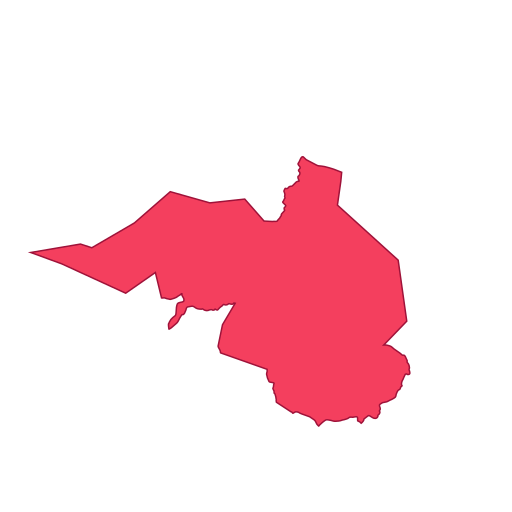 outline of Corquin, Copán, Honduras, rotated 212°
{"feature_id": "27666195B19048967289825", "entity_name": "Corquin", "entity_type": "district", "adm_level": 2, "iso_a3": "HND", "parent_name": "Honduras", "parent_adm1": "Copán", "projection": "albers", "projection_center": [-88.867, 14.553], "detail": "fine", "context": "isolated", "style": "filled", "palette": "rose", "viewbox_px": 512, "rotation_deg": 212, "n_neighbors": 0, "source": "geoboundaries", "source_scale": "gbopen_adm2", "svg_char_len": 5991}
<svg xmlns="http://www.w3.org/2000/svg" viewBox="0 0 512 512"><g transform="rotate(212 256 256)"><path d="M223.6,364.2L227.7,372.4L236.1,370.8L238.4,370.2L240.6,369.6L242.9,368.9L245.4,368.1L248.2,366.9L250.8,365.6L251.5,365.4L252.4,365.2L264.5,364.3L268.3,365.1L268.9,365.0L269.3,364.6L269.5,364.4L269.6,364.1L269.8,362.7L269.3,358.6L269.3,357.1L269.2,356.4L268.6,355.9L267.7,355.5L266.8,355.2L266.3,355.0L265.8,354.7L265.3,354.3L265.2,354.0L265.2,353.3L265.3,352.5L265.4,351.7L265.4,351.3L265.0,350.9L264.4,350.5L264.1,350.4L263.5,350.3L263.2,350.1L262.7,349.6L262.3,348.8L262.2,348.2L262.1,347.4L262.2,346.5L262.5,345.9L262.5,345.7L262.4,345.4L262.1,344.9L261.5,344.2L259.5,342.8L259.3,342.6L259.2,342.4L259.2,342.2L259.3,342.0L260.0,341.6L260.4,341.2L261.1,340.0L262.3,334.8L262.5,334.5L262.8,334.0L263.8,333.3L264.3,332.7L264.8,331.7L264.9,330.6L265.1,330.0L265.3,329.8L265.6,329.5L265.9,329.3L266.4,329.1L267.0,328.9L267.1,328.2L266.9,326.5L266.8,326.1L266.6,325.7L266.4,325.5L265.4,324.8L264.2,323.6L263.8,323.0L263.5,322.2L263.3,321.7L263.1,321.4L262.5,321.0L262.2,320.6L262.1,320.2L262.2,319.6L261.9,317.3L262.0,316.3L261.9,315.9L261.7,315.7L261.2,315.5L259.5,315.1L258.1,314.8L257.5,314.5L257.4,314.3L257.3,314.1L257.4,312.8L257.6,311.8L257.5,311.5L257.3,311.2L256.9,310.7L256.6,310.4L256.1,310.2L255.9,309.9L255.9,309.3L256.6,305.3L256.5,304.5L256.1,304.0L256.0,303.7L256.1,302.4L256.0,300.8L256.5,298.2L256.5,297.2L256.6,296.8L256.9,296.4L257.4,295.9L259.1,294.9L260.3,294.0L267.7,289.9L295.7,298.3L323.3,276.6L362.8,265.1L376.6,219.7L399.6,176.0L411.2,173.1L448.9,139.6L416.6,146.4L346.8,155.4L332.6,188.7L313.9,170.4L312.8,171.0L311.7,171.9L310.6,172.2L308.9,172.6L307.4,173.2L306.4,173.5L305.9,173.7L305.4,174.1L304.3,175.3L303.1,176.7L301.8,178.5L301.4,179.3L300.7,181.0L299.6,183.1L299.4,183.6L299.4,184.3L299.3,184.5L299.1,184.6L298.9,184.7L298.6,184.6L298.3,183.8L297.9,183.4L295.0,181.8L294.5,181.4L293.9,180.7L293.6,180.1L293.4,179.6L293.4,179.2L293.8,178.5L294.2,177.9L295.8,176.4L296.9,175.1L297.2,174.4L297.3,173.7L297.0,172.3L296.3,170.4L293.7,165.5L293.2,164.4L292.9,163.5L292.9,162.9L293.0,162.3L293.9,159.8L294.5,157.1L294.5,154.5L294.3,153.2L294.2,152.0L293.8,151.3L293.1,150.3L291.5,148.3L291.1,147.9L290.9,148.0L290.6,148.5L289.8,150.2L287.8,156.7L287.6,157.5L287.5,158.6L287.5,159.6L287.8,163.2L287.8,165.1L287.8,166.5L287.7,166.9L287.6,167.1L287.0,167.5L286.7,167.8L286.4,168.7L286.3,169.4L286.4,170.3L286.7,172.3L286.9,173.3L287.3,174.5L287.4,175.2L287.3,175.9L287.2,176.3L287.0,176.6L283.7,179.5L283.2,179.8L282.4,180.0L281.6,180.1L280.9,180.1L279.7,180.0L278.8,180.1L278.0,180.2L276.6,180.7L275.3,181.3L274.1,182.0L273.8,182.3L273.5,182.7L273.2,182.8L271.1,182.8L270.0,183.1L269.2,183.4L268.6,183.8L267.9,184.3L266.8,185.7L265.7,186.7L265.3,186.9L264.7,187.1L263.9,187.2L263.5,187.5L263.0,187.9L262.8,188.2L262.7,188.6L262.7,189.1L262.5,189.3L262.2,189.4L261.7,189.3L261.2,189.4L260.6,189.5L260.2,189.7L260.0,189.9L259.9,190.2L259.4,192.8L259.0,194.1L258.4,195.5L258.2,196.2L258.1,197.0L257.9,197.6L257.5,197.9L256.5,198.1L256.0,198.3L255.5,198.6L254.5,199.6L254.2,200.2L254.0,200.9L253.8,201.2L253.4,201.4L252.3,201.7L250.7,202.4L250.4,202.8L250.0,203.4L249.9,203.6L250.0,204.1L249.8,204.3L249.2,204.7L248.6,204.9L248.0,180.0L240.4,159.5L239.6,158.7L237.3,157.4L236.5,156.9L235.5,156.0L235.0,155.3L234.6,155.1L186.5,165.8L185.8,164.7L185.3,163.8L185.0,162.8L184.5,161.5L184.4,161.4L181.7,158.7L178.5,156.5L178.1,156.4L177.5,156.4L177.0,156.6L173.9,157.8L173.6,157.8L173.4,157.7L173.1,157.3L172.9,156.4L171.9,154.3L171.8,153.8L171.6,153.0L171.4,152.5L170.4,151.8L169.6,151.3L169.3,151.2L168.0,149.4L167.9,149.3L167.4,149.3L166.6,148.9L164.4,146.9L163.7,146.0L162.9,145.2L162.1,143.8L161.2,142.8L143.6,142.4L143.3,142.6L142.9,142.6L142.6,142.5L142.0,142.3L141.4,142.2L141.2,142.4L140.6,143.6L140.0,144.6L139.7,144.9L139.2,145.2L138.1,145.7L137.0,146.0L135.4,146.0L133.6,146.3L125.3,148.1L120.6,147.9L119.3,147.8L118.7,147.6L117.8,147.2L115.4,145.7L113.7,145.2L112.8,145.0L112.6,145.3L112.5,146.3L111.8,149.0L111.1,151.2L110.3,153.2L110.0,153.7L109.7,154.2L108.9,154.8L107.4,155.5L105.3,156.3L103.3,156.9L102.2,157.3L101.1,157.9L99.9,158.8L98.4,159.9L97.2,161.0L96.5,161.8L95.7,162.8L94.6,163.8L93.2,165.4L92.1,166.8L91.9,167.2L91.5,168.2L91.2,168.7L90.9,169.1L89.9,169.8L88.5,170.5L87.2,171.7L85.9,172.8L85.6,172.9L85.1,173.0L84.7,173.0L84.3,172.8L83.7,172.0L82.8,170.6L82.4,170.1L79.9,170.3L78.2,169.9L77.8,171.1L77.6,172.7L77.6,173.5L77.7,174.0L78.0,174.7L78.0,175.2L76.5,179.3L76.1,180.1L75.7,180.5L75.0,180.7L74.2,180.7L72.8,180.7L72.0,180.7L70.5,180.8L69.6,181.1L68.8,181.5L68.2,182.0L67.9,182.6L67.6,183.2L67.6,183.8L67.6,184.3L67.7,184.6L68.1,185.2L68.1,185.5L68.1,186.1L67.8,186.9L67.8,187.4L67.8,188.1L68.0,188.9L68.4,189.5L68.6,189.6L69.1,189.8L69.3,190.1L69.4,190.5L69.3,191.1L69.3,191.4L69.4,191.7L69.7,192.3L70.4,193.1L71.3,193.8L71.8,194.3L72.3,195.0L72.4,195.5L72.3,195.9L72.0,196.6L70.9,198.8L70.4,199.2L67.8,201.7L67.1,202.8L65.9,204.9L64.9,206.3L63.7,208.5L63.3,209.5L63.1,210.1L63.1,210.6L63.2,211.3L63.4,211.9L63.8,212.8L64.0,213.9L64.2,214.9L64.3,216.1L64.3,217.0L64.2,217.7L64.0,218.2L63.5,218.8L63.4,219.2L63.5,220.1L63.8,221.8L63.7,222.2L63.4,222.8L63.4,223.1L63.5,223.4L63.6,223.6L64.3,223.9L64.6,224.2L65.2,225.3L65.7,226.7L65.9,228.0L66.0,229.6L66.3,231.1L66.7,234.5L66.7,234.8L66.5,235.1L66.3,235.4L66.0,235.6L65.7,235.8L65.1,235.7L64.7,235.8L64.2,236.1L63.7,236.5L63.5,236.8L63.3,237.1L63.3,237.4L63.3,237.7L63.5,238.3L64.2,239.1L64.7,239.7L65.6,240.4L66.0,240.8L66.2,241.2L66.4,242.0L66.6,242.5L67.3,243.3L68.1,244.2L68.9,244.8L69.7,245.3L70.1,245.5L70.9,245.7L71.4,245.9L71.8,246.4L72.3,247.3L72.8,247.7L74.1,248.5L75.7,249.6L76.2,249.9L76.9,250.2L77.5,250.3L77.9,250.3L78.3,250.1L79.0,249.6L79.4,249.5L79.7,249.5L82.1,249.9L89.6,250.3L92.1,250.7L93.1,250.8L93.9,250.8L95.5,250.5L97.9,249.7L99.1,249.1L100.5,248.2L93.6,280.6L133.2,327.8L213.9,342.3L223.6,364.2Z" fill="#f43f5e" stroke="#9f1239" stroke-width="1.5"/></g></svg>